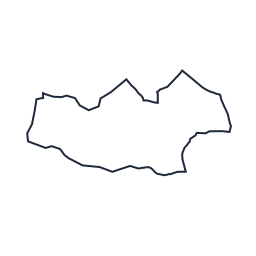 Igbo-Etiti, Enugu, Nigeria, rotated 162°
{"feature_id": "59680162B4108100426512", "entity_name": "Igbo-Etiti", "entity_type": "district", "adm_level": 2, "iso_a3": "NGA", "parent_name": "Nigeria", "parent_adm1": "Enugu", "projection": "mercator", "projection_center": [7.419, 6.684], "detail": "fine", "context": "isolated", "style": "outline", "palette": "slate", "viewbox_px": 256, "rotation_deg": 162, "n_neighbors": 0, "source": "geoboundaries", "source_scale": "gbopen_adm2", "svg_char_len": 1206}
<svg xmlns="http://www.w3.org/2000/svg" viewBox="0 0 256 256"><g transform="rotate(162 128 128)"><path d="M32.7,92.9L29.5,98.0L29.6,101.9L28.8,110.5L29.8,118.6L30.5,125.8L30.1,131.2L33.5,133.4L36.4,135.7L39.0,137.5L41.2,139.7L44.7,143.7L48.9,150.4L51.0,153.9L58.3,165.2L58.7,165.9L61.1,164.1L68.2,160.2L77.8,155.0L84.0,154.7L85.7,154.7L88.0,153.5L89.3,153.2L89.1,152.4L89.2,151.0L89.4,150.4L91.9,142.7L94.9,144.1L96.9,145.4L101.1,148.2L104.7,149.4L104.5,152.0L105.3,154.4L107.3,157.9L109.0,162.9L111.8,167.8L114.5,174.8L132.9,167.5L141.4,165.4L144.9,164.7L149.2,157.7L159.8,157.0L166.9,164.4L169.1,172.8L176.5,177.8L181.6,177.9L189.3,180.8L196.4,185.9L198.1,187.4L199.5,182.7L201.5,183.2L203.6,183.3L206.1,183.7L211.7,172.7L218.2,161.2L225.5,154.1L227.2,146.2L212.5,134.5L206.2,134.3L199.1,129.0L196.6,121.6L193.6,117.4L182.8,106.5L167.0,99.6L156.5,91.2L137.8,91.3L130.7,86.3L121.2,84.7L119.0,83.3L117.7,81.4L115.7,77.2L114.2,75.4L108.4,72.1L106.7,71.5L103.1,71.6L102.2,71.0L94.7,71.1L86.6,68.6L85.9,81.4L84.6,86.3L82.9,88.7L82.3,89.4L80.4,91.7L78.3,92.9L75.9,94.5L73.5,96.1L72.1,98.5L66.1,100.1L64.1,102.1L55.9,99.0L51.6,99.7L39.7,96.0L32.7,92.9Z" fill="none" stroke="#1e293b" stroke-width="2"/></g></svg>